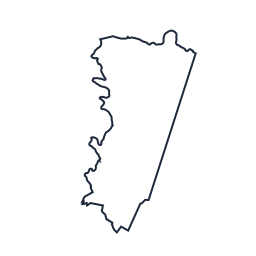 Dubonaire, Dennery, Saint Lucia (Albers equal-area conic projection), rotated 282°
{"feature_id": "8701671B43196595047489", "entity_name": "Dubonaire", "entity_type": "district", "adm_level": 2, "iso_a3": "LCA", "parent_name": "Saint Lucia", "parent_adm1": "Dennery", "projection": "albers", "projection_center": [-60.92, 13.929], "detail": "fine", "context": "isolated", "style": "outline", "palette": "slate", "viewbox_px": 256, "rotation_deg": 282, "n_neighbors": 0, "source": "geoboundaries", "source_scale": "gbopen_adm2", "svg_char_len": 5718}
<svg xmlns="http://www.w3.org/2000/svg" viewBox="0 0 256 256"><g transform="rotate(282 128 128)"><path d="M215.1,178.7L215.2,178.4L215.5,177.5L215.7,176.7L216.0,175.9L216.1,175.7L216.4,175.5L217.0,175.4L217.3,175.2L217.3,174.9L217.2,174.3L217.3,174.0L217.4,173.7L217.9,173.1L218.0,172.9L218.0,172.6L218.0,172.2L217.7,171.8L217.3,171.4L217.0,171.1L216.6,170.9L216.2,170.6L215.6,170.0L215.5,169.9L215.5,169.4L215.5,169.2L215.8,168.4L215.9,168.1L216.4,167.7L216.7,167.5L217.0,167.3L217.2,167.0L218.0,164.5L218.1,163.2L218.5,162.6L218.8,161.9L219.4,160.5L219.5,160.0L219.5,159.6L219.5,159.0L219.6,158.7L219.8,158.4L220.0,158.1L220.2,157.9L220.7,157.5L220.9,157.4L221.2,157.3L221.8,157.1L222.4,157.1L222.8,157.1L223.6,157.2L224.2,157.1L225.0,157.0L227.0,156.3L227.5,156.2L228.2,156.3L228.7,156.3L229.4,156.0L230.1,155.7L230.4,155.5L231.2,154.7L231.5,154.3L231.6,154.1L232.3,151.9L232.4,150.9L232.3,150.5L232.0,149.3L231.9,149.0L231.6,148.6L230.3,147.0L229.8,146.5L229.3,146.1L228.6,145.3L228.2,145.0L227.9,144.8L227.5,144.6L226.7,144.4L225.0,144.2L224.2,144.1L223.1,144.2L222.2,144.3L220.5,144.8L220.2,144.8L218.9,144.8L218.6,144.7L218.3,144.6L217.7,144.1L217.0,143.4L216.7,142.6L216.5,141.9L216.3,140.8L215.6,138.9L215.5,138.6L215.6,137.7L216.0,136.9L216.5,136.2L216.6,135.9L216.7,135.3L216.6,134.8L216.3,134.2L215.8,133.3L215.5,133.1L215.3,132.9L214.5,132.4L214.4,132.3L214.2,131.7L214.1,131.2L214.4,130.2L214.5,129.9L214.7,129.6L215.2,128.9L215.3,128.6L215.5,127.9L215.6,126.7L215.7,125.2L215.8,124.4L216.2,123.2L216.8,121.7L216.9,121.2L217.0,120.7L217.1,119.7L217.3,118.0L217.3,117.2L217.4,115.2L217.5,114.5L217.3,113.4L217.2,112.7L216.4,110.9L216.2,110.5L216.3,110.1L216.4,109.7L217.1,108.9L215.3,108.0L214.6,105.6L214.0,102.5L214.1,100.4L214.3,96.8L214.7,94.4L209.0,82.4L208.4,83.0L208.0,83.2L206.1,84.0L204.8,84.3L204.0,84.3L203.3,84.2L202.2,83.8L201.1,83.2L199.8,81.8L197.5,80.2L196.7,79.7L194.3,79.2L193.6,79.0L193.1,78.7L192.3,77.9L191.8,77.6L191.2,77.3L190.6,77.3L190.3,77.4L190.1,77.6L189.9,78.0L189.6,78.2L189.4,78.8L189.3,79.4L189.3,80.1L189.5,80.6L189.4,80.7L189.5,80.8L189.5,81.0L189.4,82.0L189.6,82.3L189.9,82.7L189.9,83.2L189.7,83.5L189.6,84.0L189.0,84.1L188.6,84.0L188.0,83.8L187.8,83.7L187.6,83.7L186.9,84.2L186.1,84.5L185.8,84.7L185.2,85.4L184.8,85.6L184.6,85.7L184.5,85.9L184.6,86.9L184.5,87.3L183.7,88.2L182.7,89.2L182.2,89.5L181.3,89.8L180.1,89.7L178.8,89.8L178.2,89.9L177.4,90.4L176.8,90.9L176.5,91.2L176.0,91.7L174.7,92.7L173.8,93.4L173.0,94.2L172.6,94.6L172.3,95.1L171.8,95.6L171.4,95.8L171.1,95.9L170.8,95.9L170.6,95.9L170.4,95.6L170.2,95.2L170.1,94.6L170.3,93.9L170.5,92.1L170.5,91.1L170.6,90.7L170.4,89.9L170.4,89.0L170.4,88.4L170.4,88.0L170.4,87.6L170.2,86.9L170.1,86.3L169.8,85.7L169.7,85.1L169.7,84.3L169.6,84.1L169.4,83.9L169.0,83.7L167.9,83.7L167.7,83.6L167.4,83.5L167.1,83.5L166.7,83.9L166.0,85.3L165.9,85.7L165.8,86.4L165.5,86.9L164.8,88.0L164.5,89.4L163.9,90.8L163.6,91.3L163.2,93.7L163.1,94.6L163.1,97.3L162.9,98.2L162.5,99.3L161.8,100.7L161.1,101.4L160.4,101.8L159.7,102.0L159.2,102.0L158.1,102.3L157.8,102.3L157.1,102.5L156.4,103.0L156.1,103.0L155.0,102.9L154.7,102.7L153.8,101.9L153.3,100.9L153.0,100.3L153.1,98.4L153.2,98.0L153.2,97.2L153.1,96.3L152.9,95.5L152.7,95.0L151.9,94.2L151.4,94.1L151.0,94.3L150.9,94.5L150.5,96.1L149.9,97.1L149.0,98.4L148.3,99.3L147.7,99.4L146.6,99.3L146.3,99.2L145.9,99.1L145.0,98.7L144.7,98.4L143.5,97.7L142.9,97.5L142.3,97.5L141.6,97.9L141.4,98.1L141.1,98.7L141.2,99.3L141.3,100.2L141.4,101.3L140.8,103.3L140.5,104.0L139.8,105.4L139.3,106.1L137.9,107.4L137.1,108.0L136.4,108.7L135.9,109.3L135.5,109.5L135.1,109.6L133.8,110.1L132.4,110.4L131.7,110.8L130.5,111.2L129.8,111.6L129.1,111.7L128.4,111.8L128.1,112.0L127.9,112.0L127.4,112.5L126.9,112.1L125.8,111.8L123.8,111.2L122.9,110.7L121.5,109.8L119.1,107.5L118.7,107.2L118.1,107.1L116.5,106.8L115.0,106.5L114.1,106.4L112.4,106.4L110.4,105.5L109.2,104.8L108.4,104.8L107.9,104.9L107.8,105.1L107.3,105.2L106.3,105.2L105.8,104.9L105.6,104.5L105.6,103.8L105.6,103.2L105.9,102.8L106.5,102.2L107.2,101.9L108.2,101.5L109.4,100.8L110.3,100.5L110.9,99.6L111.3,98.9L111.6,97.6L111.7,96.0L111.5,95.3L111.3,94.6L111.1,94.2L110.9,94.1L110.7,94.1L110.4,94.1L109.7,94.7L107.9,94.9L107.5,94.8L105.7,93.7L105.2,93.5L104.7,93.5L104.3,93.5L103.8,93.6L103.3,93.9L103.0,94.4L102.8,94.9L102.5,96.4L101.2,98.2L101.0,98.8L100.8,99.3L100.2,100.5L98.9,101.1L98.4,101.5L97.9,101.9L97.3,102.7L96.7,103.0L96.5,103.3L96.0,104.3L95.5,104.8L95.3,104.9L94.2,105.5L93.5,106.1L92.6,107.0L92.2,107.3L91.8,107.3L91.5,107.2L91.2,107.0L91.0,106.7L90.3,106.5L89.9,106.8L90.1,106.1L90.0,105.9L88.5,105.4L88.2,105.4L87.4,105.4L87.1,105.3L86.5,105.2L84.8,104.4L84.1,104.4L83.3,104.7L82.8,104.8L81.4,104.9L80.8,104.8L80.6,104.7L79.6,104.1L79.0,103.7L78.9,103.3L78.9,102.1L79.2,101.7L79.6,101.5L79.9,101.5L80.2,101.3L80.5,101.0L80.5,100.2L80.2,99.6L79.8,99.0L78.8,98.8L77.8,98.8L76.8,98.4L76.6,98.4L76.4,98.3L75.7,98.0L75.4,97.6L75.3,97.3L75.3,96.5L75.1,96.3L74.6,95.7L74.1,95.5L73.2,95.4L72.4,95.7L72.3,95.8L71.9,96.6L71.5,97.2L71.1,97.4L70.5,97.9L68.7,98.7L68.2,99.0L67.7,99.5L67.0,100.7L66.5,101.4L65.7,102.0L65.2,102.8L64.9,103.1L64.3,103.4L63.2,103.6L63.0,103.8L62.6,103.9L62.7,104.0L61.1,104.3L57.9,106.8L51.7,99.8L45.9,98.5L46.1,99.2L46.6,99.9L45.7,99.9L44.9,99.7L44.2,99.4L44.7,101.1L46.0,103.2L43.8,104.1L46.8,106.9L47.0,119.6L46.1,119.4L45.1,119.6L44.4,119.7L43.3,119.7L42.4,119.4L40.4,120.5L39.0,123.1L38.4,123.9L35.5,125.2L34.5,125.8L34.0,126.3L34.2,127.1L33.4,128.3L33.2,129.7L32.4,131.2L32.3,132.2L32.0,132.5L30.3,132.3L29.2,133.3L28.2,133.6L27.8,133.8L25.8,135.5L24.2,137.7L23.6,138.8L30.1,141.8L27.7,149.5L56.6,155.8L57.1,157.0L58.3,157.9L61.3,159.7L61.8,163.1L215.1,178.7Z" fill="none" stroke="#1e293b" stroke-width="2"/></g></svg>